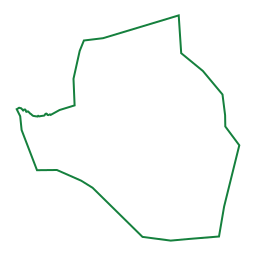 the district of Bayanmo'nx, Hentiy, Mongolia
{"feature_id": "93677404B71590009597978", "entity_name": "Bayanmo'nx", "entity_type": "district", "adm_level": 2, "iso_a3": "MNG", "parent_name": "Mongolia", "parent_adm1": "Hentiy", "projection": "mercator", "projection_center": [109.403, 46.914], "detail": "fine", "context": "isolated", "style": "outline", "palette": "green", "viewbox_px": 256, "rotation_deg": 0, "n_neighbors": 0, "source": "geoboundaries", "source_scale": "gbopen_adm2", "svg_char_len": 1386}
<svg xmlns="http://www.w3.org/2000/svg" viewBox="0 0 256 256"><path d="M222.5,94.5L202.9,71.0L181.2,53.2L178.7,15.4L103.0,38.2L83.9,40.5L79.7,50.9L73.5,78.8L74.6,105.4L59.6,110.0L50.7,114.9L50.3,114.5L50.0,114.4L49.7,114.5L49.3,114.6L48.9,114.9L48.6,115.0L48.2,115.1L47.8,115.0L47.5,114.9L47.2,114.6L46.9,113.9L46.6,113.7L46.3,113.6L45.9,113.7L45.6,113.8L45.3,114.1L45.0,114.5L44.6,115.2L44.3,115.5L44.0,115.6L43.5,115.7L42.6,115.8L41.3,116.0L40.5,116.1L39.9,116.3L39.6,116.3L39.3,116.3L39.0,116.3L38.7,116.1L38.5,115.9L38.3,115.8L38.1,115.8L37.9,116.0L37.8,116.4L37.6,116.5L37.3,116.5L36.8,116.4L35.7,116.3L34.7,116.1L33.8,116.0L33.1,115.8L32.6,115.5L32.0,115.0L31.5,114.5L30.9,114.0L30.2,113.6L29.7,113.2L29.4,112.6L29.1,112.3L28.7,112.1L28.4,111.9L28.0,111.4L27.7,111.4L27.2,111.5L26.7,111.8L26.3,111.8L26.1,111.6L26.0,111.3L25.9,110.8L25.8,110.6L25.6,110.1L25.4,109.8L25.1,109.5L24.7,109.5L24.4,109.5L24.1,109.6L23.9,109.8L23.6,110.1L23.3,110.5L23.2,110.5L22.9,110.4L22.7,110.0L22.3,109.4L21.9,109.1L21.6,108.8L21.4,108.5L21.2,108.3L21.0,108.2L20.7,108.1L20.2,108.1L19.9,108.0L19.5,107.8L19.3,107.8L19.0,107.8L18.8,107.9L18.1,108.4L17.3,108.9L16.7,109.2L20.2,116.2L21.6,130.0L37.0,170.2L56.9,170.0L81.2,180.7L92.6,187.8L142.5,236.9L170.7,240.6L188.4,239.0L219.0,236.5L224.1,206.6L239.3,145.3L225.3,126.5L225.1,115.2L222.5,94.5Z" fill="none" stroke="#15803d" stroke-width="2"/></svg>